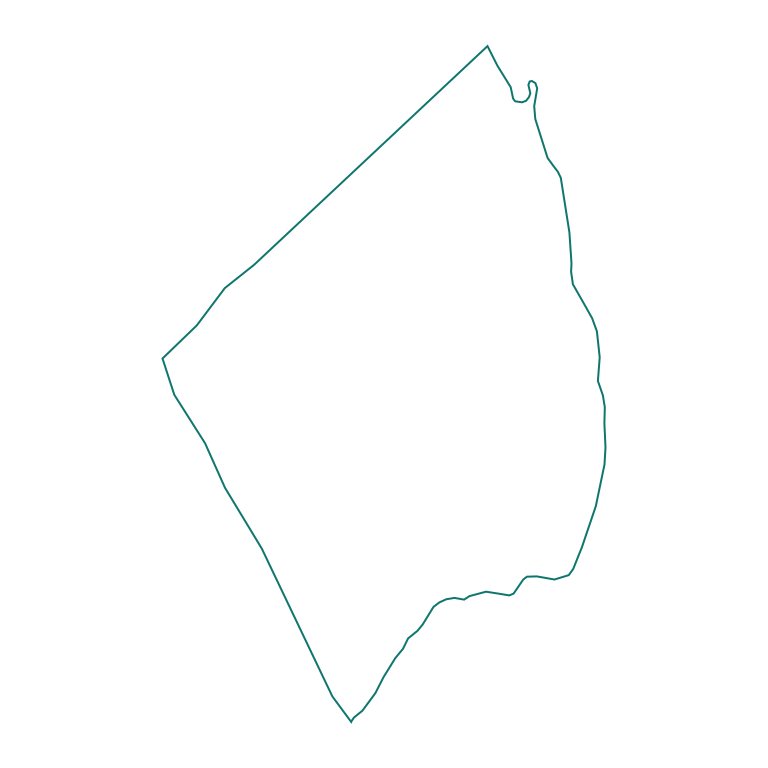 outline of Obock, Obock, Djibouti
{"feature_id": "41766387B51204577272085", "entity_name": "Obock", "entity_type": "district", "adm_level": 2, "iso_a3": "DJI", "parent_name": "Djibouti", "parent_adm1": "Obock", "projection": "equal_earth", "projection_center": [43.238, 12.173], "detail": "fine", "context": "isolated", "style": "outline", "palette": "teal", "viewbox_px": 768, "rotation_deg": 0, "n_neighbors": 0, "source": "geoboundaries", "source_scale": "gbopen_adm2", "svg_char_len": 1040}
<svg xmlns="http://www.w3.org/2000/svg" viewBox="0 0 768 768"><path d="M162.5,358.5L174.3,394.8L205.1,443.3L225.0,487.8L261.8,548.6L332.4,696.5L351.2,721.9L351.5,721.2L354.0,717.5L362.4,710.7L375.4,693.1L383.5,677.2L395.3,658.1L403.0,648.8L408.1,638.4L415.4,632.5L417.4,630.9L422.6,624.6L433.5,606.9L439.4,602.4L446.2,599.3L454.4,597.9L464.1,599.6L469.5,596.1L486.0,591.7L498.3,593.6L509.3,595.4L513.6,593.6L523.2,579.6L526.9,576.7L536.8,576.4L554.5,579.5L568.8,575.1L573.3,568.8L578.3,556.2L581.9,547.3L595.8,506.2L604.5,464.5L605.5,447.5L604.4,423.4L604.8,407.3L602.9,395.4L597.9,381.0L599.7,357.3L596.9,331.3L592.2,318.4L585.1,305.7L572.8,284.1L572.6,282.1L571.1,271.7L571.5,263.6L569.4,232.4L560.8,177.8L557.8,171.7L553.3,165.8L547.6,158.0L535.3,119.1L534.2,106.2L537.2,88.3L535.4,83.1L531.9,81.0L529.7,81.5L528.4,84.9L530.3,93.2L529.1,96.9L526.1,100.8L522.0,102.3L515.2,101.3L514.3,100.2L513.1,98.5L510.7,87.2L497.3,65.5L487.5,46.1L254.1,264.8L224.8,288.1L196.8,325.4L162.5,358.5Z" fill="none" stroke="#0f766e" stroke-width="2"/></svg>